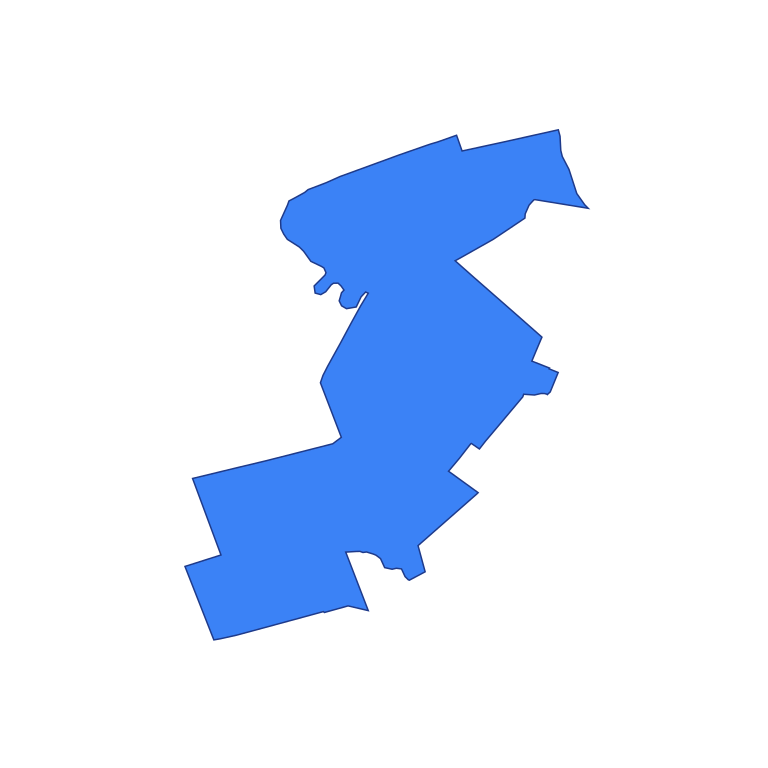 Nenciulesti, Teleorman, Romania, rotated 22°
{"feature_id": "2599482B65511789947174", "entity_name": "Nenciulesti", "entity_type": "district", "adm_level": 2, "iso_a3": "ROU", "parent_name": "Romania", "parent_adm1": "Teleorman", "projection": "robinson", "projection_center": [25.186, 44.017], "detail": "fine", "context": "isolated", "style": "filled", "palette": "blue", "viewbox_px": 768, "rotation_deg": 22, "n_neighbors": 0, "source": "geoboundaries", "source_scale": "gbopen_adm2", "svg_char_len": 1752}
<svg xmlns="http://www.w3.org/2000/svg" viewBox="0 0 768 768"><g transform="rotate(22 384 384)"><path d="M539.4,332.6L541.1,329.1L541.2,308.1L531.4,308.1L531.5,307.2L512.5,307.4L512.6,296.7L512.8,284.8L512.9,281.4L478.0,269.1L427.2,251.4L403.8,243.1L409.3,236.3L431.2,208.8L439.7,196.3L452.5,177.4L451.2,173.4L451.5,163.9L452.7,160.5L454.0,157.1L454.9,156.5L457.5,155.9L507.5,144.6L502.9,142.6L491.4,135.2L475.1,115.7L464.1,106.3L460.4,101.2L454.4,88.3L450.4,83.0L402.5,116.0L369.1,138.7L358.1,126.2L357.4,126.8L342.8,139.7L337.6,143.8L334.1,146.8L312.4,165.8L265.4,208.2L263.3,210.4L254.7,219.3L240.8,232.2L238.7,236.1L230.8,245.8L227.3,249.9L227.5,254.2L226.8,271.1L230.1,278.3L234.9,282.6L240.2,286.1L254.2,288.7L259.7,291.0L270.3,297.7L281.9,298.4L284.8,298.9L288.5,302.5L288.5,305.1L282.5,319.3L286.1,325.5L291.9,324.8L295.4,320.3L297.9,311.8L299.4,309.5L303.6,307.7L307.3,309.1L311.7,311.9L310.4,315.4L310.9,319.5L311.3,323.7L315.4,327.4L321.0,328.2L329.4,323.0L330.1,311.8L332.5,305.6L335.4,305.7L333.1,320.0L330.8,339.2L328.3,362.2L325.1,388.6L324.2,398.9L324.6,406.7L364.4,449.4L358.9,458.6L331.4,478.8L303.9,499.0L281.0,515.3L241.9,543.3L296.9,603.6L267.8,627.7L322.1,685.0L327.6,681.6L341.4,672.1L353.3,663.1L404.3,624.4L413.1,617.7L414.3,618.2L433.8,603.2L454.3,600.0L411.5,554.2L420.5,549.9L424.4,548.2L427.6,548.1L430.7,546.3L437.6,545.7L440.6,545.7L446.2,547.2L453.4,554.0L460.9,552.7L464.5,550.2L469.5,548.9L475.7,554.7L479.8,556.4L481.0,556.4L492.5,542.7L476.1,521.1L511.4,450.9L512.0,449.5L492.3,444.6L476.5,440.7L481.7,424.8L486.8,406.9L487.3,406.4L496.8,408.5L499.6,398.7L504.6,383.5L517.5,343.9L517.3,341.2L527.7,337.8L533.1,334.0L536.4,332.7L539.1,332.4L539.4,332.6Z" fill="#3b82f6" stroke="#1e3a8a" stroke-width="1.5"/></g></svg>